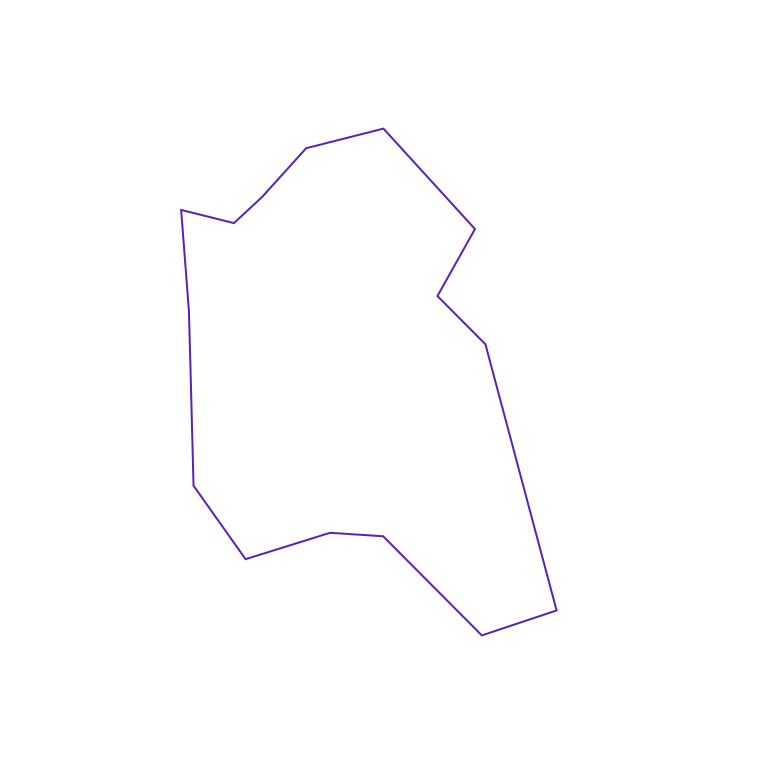 outline of Okapa District, Eastern Highlands, Papua New Guinea, rotated 300°
{"feature_id": "67681753B79464726769716", "entity_name": "Okapa District", "entity_type": "district", "adm_level": 2, "iso_a3": "PNG", "parent_name": "Papua New Guinea", "parent_adm1": "Eastern Highlands", "projection": "equal_earth", "projection_center": [145.505, -6.653], "detail": "fine", "context": "isolated", "style": "outline", "palette": "violet", "viewbox_px": 768, "rotation_deg": 300, "n_neighbors": 0, "source": "geoboundaries", "source_scale": "gbopen_adm2", "svg_char_len": 394}
<svg xmlns="http://www.w3.org/2000/svg" viewBox="0 0 768 768"><g transform="rotate(300 384 384)"><path d="M349.6,178.6L300.8,208.6L200.7,269.9L184.0,306.2L163.1,351.7L228.1,411.6L251.7,459.4L215.2,594.4L274.2,646.7L302.9,618.0L469.1,452.0L486.9,386.3L563.7,385.3L604.9,255.8L549.3,198.7L485.0,184.9L448.3,173.6L433.3,121.3L349.6,178.6Z" fill="none" stroke="#5b21b6" stroke-width="2"/></g></svg>